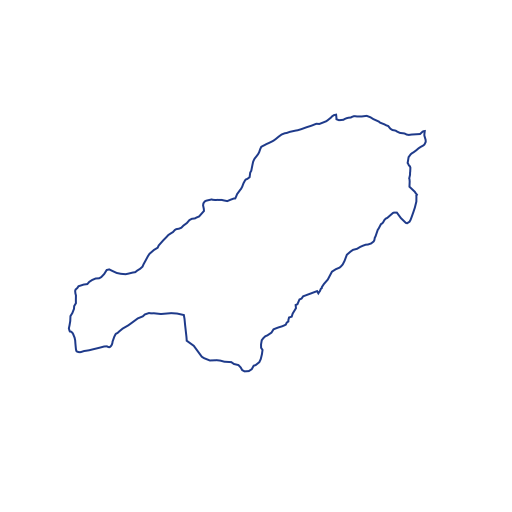 outline of Yalang, Tashi Yangtse, Bhutan, rotated 160°
{"feature_id": "84629894B30555243283294", "entity_name": "Yalang", "entity_type": "district", "adm_level": 2, "iso_a3": "BTN", "parent_name": "Bhutan", "parent_adm1": "Tashi Yangtse", "projection": "orthographic", "projection_center": [91.668, 27.462], "detail": "fine", "context": "isolated", "style": "outline", "palette": "blue", "viewbox_px": 512, "rotation_deg": 160, "n_neighbors": 0, "source": "geoboundaries", "source_scale": "gbopen_adm2", "svg_char_len": 4585}
<svg xmlns="http://www.w3.org/2000/svg" viewBox="0 0 512 512"><g transform="rotate(160 256 256)"><path d="M158.4,359.5L160.2,359.5L162.1,359.6L164.6,359.7L170.0,359.7L173.8,359.9L175.9,360.3L181.8,361.1L184.9,361.1L187.1,361.5L190.4,361.4L193.9,360.4L197.6,359.1L200.1,358.4L202.2,358.1L205.1,357.8L208.0,357.6L209.9,357.3L211.7,357.1L213.7,356.8L215.4,355.1L217.6,352.4L219.2,351.0L221.5,349.5L224.0,348.0L225.3,346.8L226.5,345.5L228.2,342.8L229.6,340.5L230.7,338.7L231.3,337.7L232.4,336.8L233.0,336.2L234.5,333.3L235.0,332.3L236.4,331.8L237.9,331.4L239.3,331.4L240.3,330.9L242.9,328.6L245.3,325.8L247.1,324.2L248.3,323.5L251.1,321.6L252.5,320.7L254.6,318.4L255.8,317.2L257.3,317.6L260.7,317.6L264.2,317.4L267.5,319.4L269.0,320.4L270.7,321.0L273.0,321.9L274.8,322.4L277.4,323.6L278.3,324.3L282.1,324.8L283.9,325.0L285.5,324.8L287.4,323.5L288.4,321.7L288.9,318.2L289.5,316.1L296.0,312.6L298.8,312.5L300.5,312.2L303.6,312.9L306.3,312.5L309.7,310.6L313.8,309.4L316.5,308.1L319.0,308.0L321.7,308.5L323.4,308.2L325.8,306.9L328.7,306.3L331.2,305.7L333.9,304.3L337.7,302.5L343.8,299.2L345.6,297.4L347.2,297.1L349.8,296.6L352.9,295.4L355.3,294.5L357.6,292.8L361.3,289.5L364.6,286.6L366.3,284.8L369.3,283.6L372.7,282.9L375.0,282.1L377.5,282.6L382.1,283.1L384.8,283.5L389.1,285.5L392.7,287.7L396.3,291.3L398.5,293.6L401.1,293.9L404.8,291.0L406.4,290.2L408.6,289.1L411.0,288.7L414.4,289.7L418.2,289.5L421.6,288.7L424.1,287.3L427.7,288.1L431.0,288.2L433.1,288.3L434.9,287.0L437.0,286.2L437.9,285.0L438.5,282.6L438.7,280.5L440.2,276.6L441.4,273.2L442.3,272.5L444.0,271.1L445.1,268.6L448.1,265.2L450.9,263.0L452.8,258.4L454.9,254.7L456.6,252.0L456.8,249.5L456.7,248.7L455.7,248.2L455.3,247.5L454.8,246.7L454.5,245.0L454.5,243.7L454.4,241.3L454.8,238.5L455.6,235.7L456.5,232.3L457.1,229.9L457.3,228.3L456.8,227.3L455.4,226.3L454.3,225.8L453.1,225.6L450.0,225.5L448.2,225.1L445.1,224.5L440.4,224.0L436.0,223.5L433.1,223.2L429.6,222.9L427.0,222.1L426.4,221.4L425.2,220.5L424.2,220.5L423.3,220.9L422.5,221.4L421.7,222.1L420.7,223.4L420.0,224.7L418.1,227.0L416.7,228.7L415.7,229.6L414.8,230.5L413.9,230.9L412.5,231.0L410.1,232.0L406.1,233.4L399.8,234.5L395.2,235.8L388.4,237.8L383.0,238.0L380.4,239.1L376.1,239.0L374.4,238.1L371.3,237.0L365.2,234.0L355.2,231.3L349.8,228.9L344.0,225.2L344.7,221.3L346.2,215.5L349.0,203.9L349.6,201.7L350.1,200.1L345.2,192.9L341.4,179.9L339.8,177.8L335.1,173.6L328.5,171.5L325.3,169.9L321.9,167.5L315.5,164.7L313.7,162.1L309.8,159.5L308.5,156.5L308.0,153.5L306.2,151.5L302.1,150.3L298.7,151.1L295.7,153.7L293.7,153.6L289.2,155.1L286.8,157.5L284.0,161.7L282.0,165.5L282.6,168.0L281.5,171.2L279.4,174.9L277.2,176.3L274.7,177.4L272.5,177.5L267.7,178.7L264.6,181.1L261.5,181.2L259.2,181.2L255.6,181.0L253.4,181.1L251.5,181.3L249.9,182.9L248.0,183.4L247.5,184.7L246.0,186.9L243.2,186.8L241.2,189.4L236.3,193.3L235.5,196.4L233.6,196.5L230.0,200.3L227.8,200.4L225.5,202.0L210.6,202.1L210.2,199.6L209.4,200.2L207.8,201.3L206.3,203.0L205.2,203.3L204.7,204.3L201.7,206.5L196.6,209.3L190.0,215.3L185.5,216.3L181.4,216.5L179.6,217.2L177.4,218.4L174.5,221.1L170.2,226.1L165.7,227.8L162.8,228.6L158.6,228.2L155.0,228.9L152.1,229.1L149.1,229.1L146.9,228.5L143.6,228.4L140.5,229.4L139.4,230.4L138.0,232.7L137.1,233.4L132.6,239.0L131.4,239.8L127.7,243.2L126.2,243.5L125.1,244.1L122.9,246.0L121.1,246.8L119.6,246.9L112.6,249.6L111.5,249.6L108.8,248.6L108.5,247.6L106.9,242.1L103.9,235.9L102.8,235.1L100.0,235.7L99.1,236.5L98.4,237.1L96.5,239.3L93.2,243.3L90.2,247.1L86.7,252.3L85.0,256.8L84.7,257.9L83.8,258.5L84.6,260.9L84.8,262.0L88.1,268.6L86.1,273.5L85.5,275.7L85.5,276.5L84.9,277.4L84.0,278.8L83.5,279.6L82.7,281.7L82.3,282.4L81.8,283.6L81.2,285.0L80.7,286.3L80.7,287.7L81.3,288.7L81.5,290.8L81.7,291.6L81.2,292.4L78.8,296.7L75.8,298.7L74.0,299.3L72.7,299.5L69.3,300.5L66.4,301.6L63.9,302.2L61.2,302.6L59.7,303.1L59.0,303.7L57.5,305.2L56.9,307.1L56.6,311.6L56.2,312.7L54.7,315.7L55.7,315.9L56.8,315.9L60.1,314.5L68.2,316.9L71.0,317.5L72.9,318.6L74.4,320.2L75.2,320.7L77.2,321.7L78.7,322.5L80.1,323.9L81.0,324.8L81.6,325.7L82.6,326.5L84.7,327.7L86.1,329.5L86.4,330.2L86.9,331.7L87.3,332.9L89.1,334.4L90.2,335.7L92.9,338.1L93.6,338.7L94.1,339.3L94.5,340.2L99.0,344.6L101.0,347.2L104.0,349.8L105.6,350.2L108.7,350.9L110.7,351.6L113.4,352.6L115.3,353.6L116.3,353.9L118.3,353.9L119.5,353.7L121.8,354.3L123.8,354.5L126.0,354.4L127.2,354.1L129.2,354.6L130.8,355.0L131.8,355.4L133.6,357.0L132.9,359.3L132.4,361.4L134.5,361.7L136.5,361.3L138.3,360.4L142.4,359.0L144.0,358.6L147.2,358.5L151.3,358.4L154.0,359.6L155.6,359.6L158.4,359.5Z" fill="none" stroke="#1e3a8a" stroke-width="2"/></g></svg>